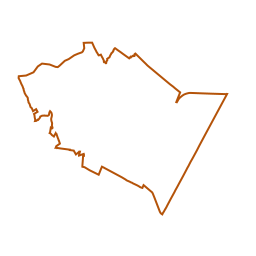 the district of Paulesti, Prahova, Romania, rotated 263°
{"feature_id": "2599482B85410433594124", "entity_name": "Paulesti", "entity_type": "district", "adm_level": 2, "iso_a3": "ROU", "parent_name": "Romania", "parent_adm1": "Prahova", "projection": "robinson", "projection_center": [25.961, 44.996], "detail": "fine", "context": "isolated", "style": "outline", "palette": "amber", "viewbox_px": 256, "rotation_deg": 263, "n_neighbors": 0, "source": "geoboundaries", "source_scale": "gbopen_adm2", "svg_char_len": 5256}
<svg xmlns="http://www.w3.org/2000/svg" viewBox="0 0 256 256"><g transform="rotate(263 128 128)"><path d="M149.7,230.5L149.8,230.1L149.6,229.9L151.9,214.9L153.7,203.6L154.5,198.7L155.1,194.9L155.3,193.6L155.3,192.6L155.1,190.9L155.0,190.2L154.9,189.7L154.6,188.5L154.4,187.8L154.0,186.9L153.7,186.3L153.2,185.4L152.3,184.0L151.7,183.1L151.3,182.6L150.6,181.9L149.8,181.2L148.9,180.6L148.3,180.1L147.6,179.6L147.8,179.1L148.4,179.4L157.0,184.1L161.5,179.7L163.5,177.9L166.3,175.0L184.6,157.8L185.0,157.4L187.7,154.9L189.8,153.3L191.4,152.0L201.0,144.4L200.9,144.2L200.7,143.9L200.4,143.7L200.3,143.4L200.1,143.3L199.9,143.2L199.7,143.1L199.5,143.3L199.4,143.4L199.2,143.4L198.9,143.4L198.7,143.2L198.7,142.9L198.8,142.8L198.9,142.7L198.7,142.4L198.7,142.2L198.8,142.1L198.9,141.9L198.7,141.7L198.7,141.4L198.8,141.3L198.7,141.2L198.6,140.9L198.4,140.3L198.5,139.8L198.4,139.8L198.3,139.7L198.2,139.6L197.9,139.4L197.7,139.4L197.6,139.0L197.7,138.9L197.8,138.8L197.9,138.5L197.9,138.4L197.8,138.2L197.7,138.1L197.3,138.1L197.0,138.0L196.4,138.3L199.8,134.6L202.1,132.1L204.1,130.0L206.7,127.1L208.8,124.9L208.8,124.7L208.5,124.4L208.3,124.1L207.9,123.8L207.6,123.4L206.6,123.1L206.4,122.8L206.0,122.7L205.7,122.5L205.7,122.3L205.1,121.9L205.0,121.7L204.6,121.4L204.4,120.8L204.1,120.5L203.7,120.3L203.4,120.2L202.9,119.7L202.4,119.4L201.5,118.8L200.7,118.4L200.3,118.1L200.1,117.5L199.6,116.5L199.3,116.1L199.1,115.7L198.0,115.8L197.8,115.7L197.5,115.4L197.3,115.2L197.2,115.0L196.8,114.9L196.3,114.5L196.0,114.4L195.9,114.3L195.7,114.4L195.4,114.4L195.1,114.3L195.0,114.2L195.0,113.8L195.1,113.7L195.5,113.6L195.7,113.4L196.0,113.1L196.1,112.9L196.3,112.8L196.3,112.2L196.6,112.1L197.0,112.1L197.6,112.3L199.8,111.6L201.2,111.1L201.5,110.9L204.1,110.0L203.9,109.0L203.6,107.9L203.7,107.7L205.8,106.8L206.9,106.3L207.4,106.0L208.2,105.8L211.8,104.4L217.1,102.8L217.5,99.4L217.9,94.4L212.5,94.3L209.5,92.5L208.7,91.4L207.9,87.7L206.7,83.5L203.6,77.5L202.4,73.5L198.2,67.7L197.0,65.7L197.5,63.6L200.6,57.9L202.4,50.5L200.1,46.0L194.8,41.0L192.5,33.3L192.7,25.9L190.9,25.5L190.7,25.6L189.8,25.9L188.8,26.3L187.8,26.7L187.2,26.8L185.8,27.2L184.1,27.7L182.9,28.2L182.2,28.4L181.0,28.7L179.9,28.9L179.7,29.1L179.3,29.1L178.5,29.1L177.7,29.2L177.1,29.4L176.7,29.5L175.6,29.6L175.3,29.7L174.7,29.9L174.0,30.2L173.1,30.6L172.7,30.7L172.1,31.1L171.7,31.4L170.6,32.0L170.3,32.1L170.0,32.2L168.6,32.1L168.0,32.1L167.2,32.3L166.6,32.4L166.3,32.4L165.7,32.4L165.4,32.4L165.2,32.5L164.4,33.0L164.2,33.1L163.5,33.3L162.4,33.5L160.7,33.8L160.4,34.0L159.7,34.7L159.6,34.8L159.1,35.0L157.1,35.6L156.3,35.8L157.9,39.1L155.1,40.2L153.4,36.4L152.3,36.7L149.7,36.7L147.9,36.9L147.6,36.9L147.2,36.9L146.5,36.7L146.3,36.6L146.3,36.8L146.3,37.3L146.2,37.4L146.2,37.5L146.3,37.8L146.4,38.1L146.5,38.3L146.7,38.6L147.2,39.1L147.3,39.3L147.2,39.4L147.1,39.6L147.0,39.8L147.4,40.2L147.6,40.5L148.1,41.0L148.6,41.5L149.4,42.1L149.9,42.2L150.1,42.4L150.1,42.5L150.2,42.8L150.6,44.0L150.7,44.3L150.7,44.5L150.6,45.2L150.6,45.7L150.6,46.6L150.4,46.9L150.3,47.1L150.3,47.8L150.1,48.7L150.1,48.9L149.9,49.6L149.9,49.8L150.0,50.1L150.2,50.5L150.6,51.1L151.2,51.3L152.2,51.6L152.8,51.8L153.4,52.1L154.2,52.7L153.8,53.0L152.9,53.6L152.5,53.8L152.2,53.9L151.7,54.0L151.3,54.0L150.7,54.1L149.7,54.0L149.3,53.9L148.4,53.6L147.9,53.4L147.4,53.2L147.0,53.0L146.0,52.8L145.3,52.8L144.5,52.8L144.3,52.9L144.2,52.9L143.9,52.9L142.6,53.2L142.3,53.2L141.9,53.2L141.6,53.2L140.3,52.9L139.8,52.8L139.5,52.8L138.8,52.9L138.1,53.0L137.6,53.1L137.3,53.1L137.0,52.7L136.8,52.4L137.2,51.9L137.4,51.7L137.6,51.5L137.7,51.4L133.5,50.2L132.5,49.6L132.2,50.1L132.1,50.3L131.7,50.7L131.4,50.9L130.3,51.6L130.2,51.7L129.9,52.0L129.6,52.4L129.0,53.0L128.6,53.4L131.7,55.6L131.4,55.7L130.8,55.9L130.6,56.1L130.6,56.3L129.2,56.6L128.6,56.7L126.4,57.2L125.0,57.6L124.7,57.6L124.2,57.7L123.5,58.0L123.1,58.0L122.3,58.2L121.3,58.4L121.0,58.5L120.8,58.5L120.3,57.6L119.2,55.5L118.7,54.6L117.8,54.1L117.4,53.9L117.2,53.8L117.2,54.1L116.9,55.3L116.7,55.3L116.7,55.5L116.7,55.8L116.4,56.9L115.8,59.0L114.1,65.6L113.6,67.6L113.2,67.5L112.2,71.4L111.8,71.5L111.4,71.7L110.0,72.3L109.0,72.7L108.1,73.1L108.6,73.9L109.6,75.5L110.2,76.4L110.5,76.7L110.4,77.4L108.3,76.6L106.9,76.0L106.6,76.0L107.7,80.9L107.1,81.0L106.5,81.0L105.7,80.8L105.9,80.1L105.2,79.9L103.0,79.5L96.0,78.1L95.1,78.0L94.4,80.1L90.7,84.8L85.2,93.2L85.7,93.5L91.0,96.4L92.8,97.4L91.2,99.8L90.9,100.1L90.6,100.6L90.3,101.0L90.1,101.3L79.8,115.9L77.0,119.5L76.9,119.6L76.4,120.0L76.0,120.6L75.7,121.1L75.0,122.3L74.6,123.0L73.6,124.4L73.3,125.1L73.1,125.4L72.5,126.1L72.0,126.8L71.7,127.4L70.9,128.6L70.3,129.6L69.2,131.2L68.4,132.2L67.9,132.7L67.8,133.0L67.7,133.2L67.4,133.6L67.1,134.2L66.8,135.0L69.4,136.5L69.0,136.9L65.5,140.1L61.5,143.8L61.1,144.2L60.7,144.3L60.0,144.6L55.9,145.7L41.1,149.4L40.3,149.7L39.9,149.9L39.5,150.1L39.0,150.5L38.7,150.8L38.1,151.5L39.5,152.4L39.9,152.8L40.1,152.9L40.3,153.1L40.9,153.6L41.2,153.8L41.6,154.1L42.0,154.4L42.9,155.0L43.2,155.4L43.4,155.5L43.7,155.7L44.9,156.6L45.7,157.1L52.6,161.9L58.7,166.3L60.4,167.4L62.3,168.8L64.1,170.1L67.1,172.2L73.4,176.7L76.7,179.0L78.7,180.4L81.5,182.3L82.5,183.1L86.8,186.0L90.3,188.6L97.6,193.8L101.9,196.7L112.0,203.8L149.7,230.5Z" fill="none" stroke="#b45309" stroke-width="2"/></g></svg>